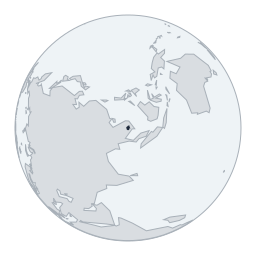 Kâmpóng Cham highlighted on a globe, orthographic projection, rotated 270°
{"feature_id": "KHM-1784", "entity_name": "Kâmpóng Cham", "entity_type": "Province", "adm_level": 1, "iso_a3": "KHM", "parent_name": "Cambodia", "parent_adm1": "", "projection": "orthographic", "projection_center": [105.558, 12.075], "detail": "fine", "context": "on_globe", "style": "filled", "palette": "slate", "viewbox_px": 256, "rotation_deg": 270, "n_neighbors": 0, "source": "natural_earth", "source_scale": "10m", "svg_char_len": 9664}
<svg xmlns="http://www.w3.org/2000/svg" viewBox="0 0 256 256"><g transform="rotate(270 128 128)"><circle cx="128" cy="128" r="113" fill="#eef3f6" stroke="#a8b0b8"/><path d="M232.3,164.6L232.1,165.3L232.3,164.6ZM180.1,28.1L180.3,28.4L184.3,30.8L180.6,28.7L190.7,35.3L193.6,38.5L188.0,33.6L185.7,32.1L186.5,33.4L184.3,32.2L183.4,32.3L180.7,30.9L177.7,28.5L175.9,27.7L176.6,28.7L174.3,28.3L173.6,26.8L169.5,26.0L163.7,22.6L163.8,21.3L158.3,19.5L158.2,19.5L165.7,21.8L173.0,24.7L180.1,28.1ZM232.1,85.0L232.0,84.9L231.9,84.5L232.1,85.0ZM187.7,33.0L187.0,32.3L188.4,33.4L187.7,33.0ZM183.8,32.6L184.7,33.2L183.9,33.0L183.8,32.6ZM179.0,30.8L177.4,30.5L178.5,30.4L179.0,30.8ZM176.1,30.0L172.2,29.6L173.9,30.9L167.0,27.5L172.5,28.7L173.6,28.3L174.4,29.2L176.1,30.0ZM163.7,25.8L162.3,25.5L163.2,25.4L163.7,25.8ZM155.5,18.8L155.4,18.8L152.1,18.0L151.5,17.9L149.6,17.4L155.5,18.8ZM145.7,16.8L146.9,16.9L145.5,16.7L147.7,17.1L145.3,16.7L144.1,16.5L143.6,16.5L142.8,16.4L142.7,16.3L145.7,16.8ZM137.5,15.8L137.3,15.7L137.5,15.8ZM144.1,16.6L148.1,17.3L144.1,16.6ZM136.3,15.7L136.9,15.7L136.0,15.6L136.3,15.7ZM141.6,16.3L143.0,16.4L143.1,16.5L141.6,16.3ZM136.9,15.8L136.1,15.7L137.2,15.7L136.9,15.8ZM139.0,16.0L138.8,16.0L138.1,15.8L139.6,16.0L139.0,16.0ZM141.4,16.3L142.0,16.4L140.8,16.2L141.4,16.3ZM133.3,15.7L132.1,15.5L134.5,15.6L135.3,15.7L133.3,15.7ZM39.1,58.9L39.0,59.2L38.2,60.4L34.8,65.0L30.9,73.7L33.9,70.3L33.9,76.2L36.3,77.6L43.4,68.9L39.6,66.2L42.5,61.3L48.4,59.7L52.2,62.7L53.5,60.9L54.0,55.8L57.9,53.5L54.6,53.8L53.7,55.9L51.6,56.3L52.2,54.5L53.6,53.6L53.3,52.2L46.9,57.1L45.3,59.7L42.7,59.0L39.8,63.5L38.0,64.9L42.2,58.0L44.1,55.9L49.5,48.4L47.2,50.5L42.0,57.9L42.3,57.0L39.2,60.4L41.8,57.1L48.0,49.0L47.7,49.0L58.1,39.7L58.0,39.8L61.6,37.3L61.6,37.6L67.3,33.9L68.1,33.8L64.5,35.9L62.0,37.8L62.6,39.4L64.0,38.9L67.7,36.5L67.4,37.5L70.8,35.0L73.3,35.3L73.2,33.1L77.5,30.8L81.3,29.8L82.7,28.8L76.5,30.5L74.0,31.7L71.9,33.2L65.2,36.6L64.0,36.8L71.0,32.0L70.2,31.9L76.0,28.7L89.2,25.1L92.5,25.4L89.0,30.2L85.8,31.1L85.4,29.7L81.8,32.9L84.0,31.7L83.7,32.7L87.8,31.2L87.8,31.9L91.6,29.5L92.1,30.2L89.7,31.6L96.1,30.5L98.2,31.8L99.6,31.2L100.6,30.3L102.7,32.8L103.6,32.4L103.3,31.3L105.0,29.8L108.9,28.2L109.4,29.2L108.1,29.8L106.1,32.9L102.5,34.9L103.1,35.2L106.4,33.7L108.8,29.9L110.9,28.7L110.2,30.4L110.7,29.7L111.9,29.4L113.6,30.1L114.6,28.3L127.5,25.4L132.1,26.9L130.1,28.4L139.6,28.6L144.1,31.0L143.8,29.9L148.2,29.7L146.8,28.9L147.0,28.4L157.7,28.5L160.6,29.6L164.8,29.1L164.6,28.7L162.7,27.8L167.0,27.5L173.9,30.9L173.9,31.6L178.2,33.6L177.6,35.2L179.1,37.8L175.9,39.0L177.4,41.2L179.0,41.7L182.1,45.4L183.3,51.7L175.5,44.1L172.5,35.9L173.1,38.8L171.0,37.5L170.0,38.3L170.6,40.7L171.9,41.3L162.6,43.3L160.1,49.9L165.2,50.1L168.4,52.6L170.0,62.1L160.4,74.4L164.6,79.3L164.8,82.4L161.2,83.9L160.7,79.4L157.1,77.5L157.4,75.0L151.4,76.5L151.6,72.9L146.9,76.2L148.7,79.2L153.8,78.9L149.7,83.7L155.0,89.4L155.6,95.9L146.6,106.7L137.6,109.7L137.0,111.7L133.4,109.1L128.6,113.0L135.2,125.3L135.0,128.8L127.2,134.8L127.1,132.2L117.6,125.3L115.7,133.4L122.9,140.8L125.4,149.1L119.8,146.2L117.3,138.9L114.0,136.2L114.9,129.1L112.3,118.2L106.7,119.8L107.2,115.5L102.6,106.4L94.6,108.4L81.8,118.3L79.9,129.1L75.6,133.3L70.6,116.9L71.0,106.3L67.5,106.8L63.7,97.2L52.4,94.3L52.3,91.5L49.8,92.2L47.4,88.7L47.8,84.2L45.6,83.9L45.0,95.9L47.5,96.4L51.6,92.8L50.8,97.0L53.4,101.4L45.2,109.8L30.9,114.7L32.0,106.5L34.1,83.0L35.4,80.8L35.5,80.6L35.7,80.1L33.3,83.5L34.5,79.1L30.7,94.7L29.0,101.2L30.6,115.1L29.9,116.1L31.2,119.3L38.4,118.5L37.9,121.1L32.9,132.4L25.2,146.4L27.6,158.3L29.5,167.9L27.9,172.6L31.3,180.3L31.0,182.0L33.1,186.3L34.7,190.0L36.0,193.0L35.6,192.5L31.3,185.8L27.5,178.8L24.2,171.6L21.3,164.2L19.0,156.6L17.3,148.8L16.1,141.0L15.5,133.1L15.4,125.1L15.9,117.2L16.9,109.3L18.5,101.5L20.7,93.9L23.3,86.4L26.5,79.1L30.2,72.1L34.4,65.3L39.1,58.9ZM53.7,71.2L57.6,73.1L60.3,66.7L62.1,67.1L62.3,64.9L60.5,66.3L61.8,60.7L65.1,59.9L66.9,57.4L65.6,56.7L59.4,59.3L57.4,67.1L54.6,69.0L53.7,71.2ZM72.2,30.1L72.4,30.0L71.1,30.8L70.6,31.1L68.5,32.4L72.2,30.1ZM67.8,32.8L61.8,36.9L59.7,38.5L59.8,38.3L67.8,32.8ZM126.9,15.4L127.5,15.4L124.9,15.4L125.8,15.5L124.2,15.7L119.9,16.1L121.3,16.1L120.1,16.5L116.5,17.0L117.7,16.5L112.9,17.5L112.4,17.1L111.9,17.3L110.1,17.3L107.0,17.7L107.3,17.5L105.9,17.8L104.7,18.0L103.0,18.3L102.9,18.2L100.8,18.7L101.9,18.4L98.3,19.3L98.7,19.2L108.0,17.1L117.4,15.9L126.9,15.4ZM133.7,15.5L132.9,15.5L133.7,15.5ZM132.6,15.5L133.3,15.5L131.8,15.5L132.1,15.5L130.4,15.5L132.7,15.8L127.6,15.8L124.8,15.8L128.9,15.4L128.4,15.4L129.0,15.4L132.6,15.5ZM39.5,59.0L39.3,59.5L39.5,59.8L37.6,62.1L39.5,59.0ZM43.6,53.5L43.8,53.5L41.1,56.5L41.4,56.2L43.6,53.5ZM46.1,51.0L44.0,53.2L45.3,51.8L46.1,51.0ZM64.9,35.8L65.3,35.8L64.5,36.4L63.2,37.2L64.9,35.8ZM102.3,20.9L103.4,20.4L104.1,20.3L107.8,19.3L108.5,19.6L106.5,20.4L102.3,20.9ZM41.5,70.0L39.5,71.3L39.7,70.2L40.4,70.0L41.5,70.0ZM37.5,66.4L37.3,68.4L36.9,67.0L37.5,66.4ZM103.7,21.1L105.2,20.6L104.6,21.1L103.7,21.1ZM109.2,19.8L109.0,20.3L109.1,19.5L109.2,19.8ZM83.6,223.2L85.9,224.5L84.4,224.3L83.6,223.2ZM38.9,169.9L41.0,185.6L38.3,184.7L35.6,179.5L33.3,169.7L35.7,167.9L36.3,163.7L38.9,169.9ZM153.8,168.9L157.1,169.5L157.0,170.0L153.8,168.9ZM150.3,167.0L154.1,167.3L149.6,168.1L150.3,167.0ZM155.6,167.4L159.5,166.6L161.2,165.8L160.9,166.8L155.6,167.4ZM147.6,167.0L133.3,166.2L127.6,164.5L129.0,162.8L138.1,163.7L147.6,167.0ZM128.5,162.7L119.8,156.9L108.0,140.6L112.2,141.2L124.6,151.4L123.8,152.9L129.1,157.4L128.5,162.7ZM149.5,154.0L148.7,158.8L140.7,158.1L137.2,157.1L134.7,150.7L136.1,147.6L139.0,147.9L150.4,137.6L154.4,140.4L150.9,144.8L154.2,149.2L149.5,154.0ZM80.4,130.2L82.6,137.0L80.3,137.7L80.4,130.2ZM155.0,130.3L150.4,134.8L154.6,128.7L155.0,130.3ZM157.5,124.5L157.8,126.9L155.9,124.5L157.5,124.5ZM136.9,115.0L133.8,115.3L133.7,113.7L137.6,112.2L136.9,115.0ZM156.0,101.4L156.0,106.3L155.4,107.9L153.9,104.9L156.0,101.4ZM111.7,25.5L105.7,26.3L101.8,27.6L100.4,29.2L99.8,27.5L105.8,25.5L111.7,25.5ZM125.5,25.2L126.7,24.1L127.9,24.6L127.8,24.9L125.5,25.2ZM125.0,24.5L123.3,23.2L125.1,22.7L126.1,23.8L125.0,24.5ZM113.3,21.5L111.4,21.7L111.9,21.2L113.3,21.5ZM206.0,207.3L206.3,207.8L203.1,210.8L199.1,214.0L196.2,215.4L206.0,207.3ZM181.0,216.9L182.0,213.7L185.8,213.2L183.3,216.1L181.0,216.9ZM208.7,204.8L211.6,201.5L213.8,197.8L212.2,201.1L213.2,200.8L206.9,207.4L208.7,204.8ZM169.8,203.6L147.9,210.1L143.3,209.1L144.9,206.3L141.7,197.4L143.2,197.7L142.8,191.7L156.0,186.5L165.6,176.5L172.4,177.2L177.8,169.9L184.7,170.4L182.3,176.2L189.0,180.0L194.6,166.9L197.7,180.6L201.9,185.3L201.8,193.8L190.6,208.3L185.1,211.2L184.5,210.0L182.1,211.5L179.0,211.0L178.2,206.6L175.7,208.0L178.5,204.6L174.8,207.7L173.6,204.8L169.8,203.6ZM218.2,177.4L218.9,177.7L219.7,179.9L218.6,179.7L218.2,177.4ZM230.3,167.8L230.4,168.9L229.7,169.3L230.3,167.8ZM232.0,165.4L231.2,166.1L232.3,164.6L232.0,165.4ZM223.3,168.9L223.6,169.7L223.3,170.1L223.3,168.9ZM223.1,168.7L223.7,167.2L223.5,168.6L223.1,168.7ZM219.9,161.6L220.4,160.8L220.6,161.3L219.9,161.6ZM162.1,169.6L166.8,166.0L169.3,165.7L162.1,169.6ZM219.2,160.1L217.9,160.1L218.1,159.3L219.2,160.1ZM219.4,158.3L219.3,157.3L220.0,159.7L219.4,158.3ZM217.0,156.2L218.5,157.9L216.8,156.4L217.0,156.2ZM216.0,156.5L214.8,155.7L214.9,155.4L216.0,156.5ZM202.0,158.4L206.5,164.6L202.7,164.5L198.5,160.7L195.0,164.4L187.1,163.9L189.0,161.6L188.0,158.2L179.7,156.8L178.1,154.5L181.1,153.0L175.5,151.2L181.6,150.2L184.1,154.9L187.5,151.3L193.3,152.2L198.8,153.7L203.1,157.1L202.0,158.4ZM181.5,160.4L182.6,160.4L181.6,161.8L181.5,160.4ZM212.6,153.3L214.3,155.4L214.1,156.0L213.2,155.7L212.6,153.3ZM204.1,156.2L208.8,152.3L209.9,152.4L206.7,156.8L204.1,156.2ZM207.7,149.9L209.8,150.4L210.9,152.5L210.5,153.1L207.7,149.9ZM169.1,155.9L168.9,157.2L167.3,156.2L169.1,155.9ZM171.2,155.2L176.0,156.7L170.7,156.3L171.2,155.2ZM156.4,150.3L157.9,153.4L162.4,151.6L158.9,154.3L162.0,159.4L160.9,161.2L157.9,155.7L156.8,161.3L154.8,161.1L153.7,156.3L155.8,150.5L157.8,148.2L165.9,147.4L156.4,150.3ZM171.2,151.5L169.9,147.9L170.8,145.6L172.2,147.5L171.2,151.5ZM166.0,139.3L162.6,135.2L159.5,136.6L165.7,131.2L168.0,136.0L166.0,139.3ZM163.0,130.3L160.1,131.6L163.1,128.5L163.0,130.3ZM159.4,130.3L159.0,127.4L161.3,127.9L159.4,130.3ZM164.5,130.5L165.0,125.8L166.2,128.6L164.5,130.5ZM157.9,121.1L162.9,125.9L156.4,123.7L155.9,114.6L158.7,114.5L157.9,121.1ZM171.7,86.1L170.9,83.6L173.3,83.2L173.2,85.0L171.7,86.1ZM180.4,80.4L173.7,82.3L168.2,84.3L170.0,85.4L169.0,89.5L166.1,85.5L169.8,81.2L174.0,80.6L174.4,77.3L177.3,75.2L176.3,71.2L177.5,69.5L179.7,73.1L180.4,80.4ZM175.6,69.5L174.8,62.6L179.5,63.9L180.7,65.7L179.1,68.2L176.7,67.3L175.6,69.5ZM176.0,61.5L173.7,60.7L167.7,51.1L167.6,49.4L174.6,56.9L172.8,56.7L173.5,58.9L176.0,61.5ZM162.9,26.0L162.4,25.5L163.6,26.0L162.9,26.0ZM146.2,28.0L146.6,27.5L148.0,27.9L146.2,28.0ZM148.7,26.2L146.7,26.1L148.6,25.8L148.7,26.2ZM142.5,26.0L145.9,25.9L142.9,26.6L142.5,26.0Z" fill="#d9dde1" stroke="#a8b0b8" stroke-width="1"/><path d="M129.7,128.8L129.4,128.8L129.3,128.7L129.1,128.6L128.9,128.6L128.8,128.8L128.7,128.8L128.5,128.7L128.4,128.8L128.4,128.7L128.1,128.6L127.9,128.6L127.7,128.5L127.6,128.4L127.5,128.5L127.4,128.5L127.2,128.6L127.0,128.4L126.9,128.4L126.8,128.5L126.7,128.5L126.6,128.4L126.6,128.2L126.8,128.2L126.7,128.2L126.7,127.9L126.7,127.7L126.8,127.6L127.0,127.7L127.3,127.8L127.3,127.7L127.2,127.6L127.2,127.4L127.3,127.4L127.5,127.4L127.6,127.5L127.6,127.4L127.7,127.2L127.8,127.2L128.0,127.2L128.4,127.1L128.4,127.4L128.4,127.5L128.5,127.6L128.8,127.7L128.8,127.8L129.0,127.9L129.0,128.0L129.3,128.2L129.3,128.3L129.4,128.2L129.5,128.2L129.6,128.3L129.7,128.5L129.7,128.8Z" fill="#64748b" stroke="#1e293b" stroke-width="1.5"/></g></svg>